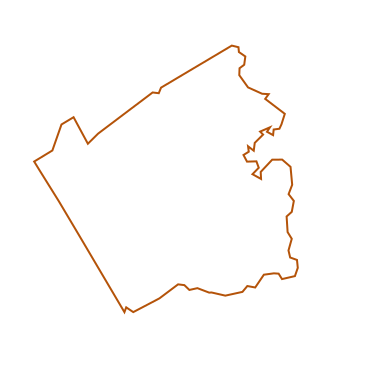 Avoyelles, Louisiana, United States of America, rotated 59°
{"feature_id": "52423323B56288271705093", "entity_name": "Avoyelles", "entity_type": "district", "adm_level": 2, "iso_a3": "USA", "parent_name": "United States of America", "parent_adm1": "Louisiana", "projection": "albers", "projection_center": [-91.961, 31.096], "detail": "fine", "context": "isolated", "style": "outline", "palette": "amber", "viewbox_px": 384, "rotation_deg": 59, "n_neighbors": 0, "source": "geoboundaries", "source_scale": "gbopen_adm2", "svg_char_len": 1078}
<svg xmlns="http://www.w3.org/2000/svg" viewBox="0 0 384 384"><g transform="rotate(59 192 192)"><path d="M260.2,311.8L257.0,307.8L264.7,304.2L266.4,274.7L264.0,251.5L267.9,246.5L274.6,244.7L277.2,236.9L287.1,229.1L288.2,227.0L298.0,216.8L303.6,200.2L301.1,193.0L306.4,187.0L299.9,173.0L303.9,163.7L306.6,159.8L313.0,159.7L317.1,147.1L311.5,140.4L304.3,137.0L298.7,141.6L291.8,139.4L283.5,130.6L275.6,130.7L261.7,123.5L260.4,116.7L252.1,109.3L243.6,110.3L237.4,102.4L221.2,94.6L210.7,98.0L205.6,106.6L210.2,122.8L216.4,126.1L207.9,131.0L205.6,122.3L198.9,121.0L194.3,129.2L186.8,128.8L186.7,122.6L181.7,120.4L188.4,117.8L182.2,112.9L179.4,101.5L175.3,102.5L176.7,91.9L179.0,96.7L185.0,93.2L180.5,89.8L182.8,84.5L180.1,80.5L172.8,72.2L149.9,81.3L147.6,75.9L143.9,81.3L131.2,90.1L116.2,91.3L110.4,87.5L109.8,81.7L103.3,76.5L96.2,79.7L91.8,77.6L87.0,82.5L86.6,164.8L90.2,169.6L86.4,174.5L87.2,181.9L89.3,202.0L93.6,242.4L97.0,256.4L66.9,255.0L66.9,269.1L84.5,290.3L84.6,311.6L95.0,311.5L131.5,310.9L171.4,311.1L260.2,311.8Z" fill="none" stroke="#b45309" stroke-width="2"/></g></svg>